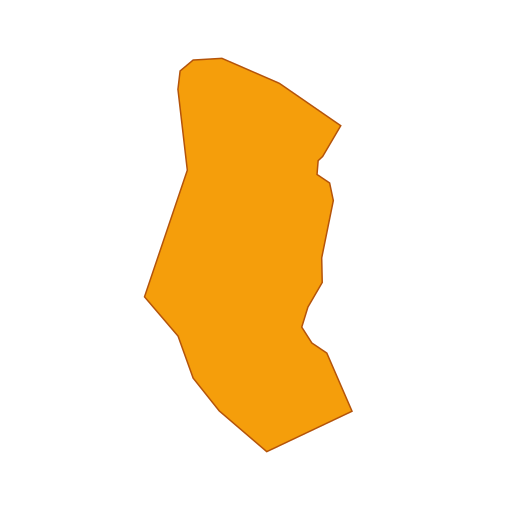 SVG path tracing the border of Nazarje, rotated 304°
{"feature_id": "SVN-975", "entity_name": "Nazarje", "entity_type": "Municipality", "adm_level": 1, "iso_a3": "SVN", "parent_name": "Slovenia", "parent_adm1": "", "projection": "albers", "projection_center": [14.92, 46.283], "detail": "fine", "context": "isolated", "style": "filled", "palette": "amber", "viewbox_px": 512, "rotation_deg": 304, "n_neighbors": 0, "source": "natural_earth", "source_scale": "10m", "svg_char_len": 467}
<svg xmlns="http://www.w3.org/2000/svg" viewBox="0 0 512 512"><g transform="rotate(304 256 256)"><path d="M181.0,422.4L99.8,374.3L107.0,312.2L119.6,272.2L146.0,236.2L159.8,186.4L288.7,151.1L350.5,98.1L367.0,89.6L383.3,94.3L400.8,117.2L412.2,178.8L411.4,253.4L375.8,255.6L369.8,254.2L357.7,261.0L357.7,276.2L345.2,289.1L291.2,311.5L271.1,325.7L242.7,327.6L222.6,333.7L215.1,351.0L215.1,369.0L181.0,422.4Z" fill="#f59e0b" stroke="#b45309" stroke-width="1.5"/></g></svg>